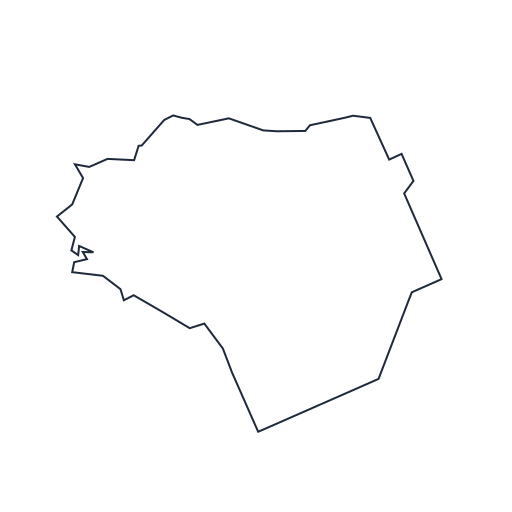 outline of Ouachita, Louisiana, United States of America, rotated 246°
{"feature_id": "52423323B30990812518613", "entity_name": "Ouachita", "entity_type": "district", "adm_level": 2, "iso_a3": "USA", "parent_name": "United States of America", "parent_adm1": "Louisiana", "projection": "orthographic", "projection_center": [-92.094, 32.491], "detail": "fine", "context": "isolated", "style": "outline", "palette": "slate", "viewbox_px": 512, "rotation_deg": 246, "n_neighbors": 0, "source": "geoboundaries", "source_scale": "gbopen_adm2", "svg_char_len": 789}
<svg xmlns="http://www.w3.org/2000/svg" viewBox="0 0 512 512"><g transform="rotate(246 256 256)"><path d="M159.4,416.1L252.9,416.8L260.6,430.4L290.1,430.5L289.9,416.9L335.7,416.5L344.7,401.7L346.3,392.7L353.5,358.5L350.2,351.9L361.5,325.7L367.8,313.7L392.8,287.2L399.6,255.8L408.2,250.9L412.4,244.5L418.1,237.5L417.6,227.5L403.4,196.5L404.4,193.6L393.1,183.6L405.1,159.9L405.2,139.9L413.4,127.9L397.5,129.7L377.9,109.1L373.0,90.2L347.1,98.3L336.2,89.6L329.2,93.9L337.1,98.5L325.5,109.0L330.1,99.4L321.9,100.3L324.3,87.4L316.0,81.5L300.2,108.1L280.8,118.7L269.3,117.3L269.9,128.3L241.1,149.1L217.0,166.1L215.3,181.3L184.9,188.1L159.3,186.7L94.6,186.5L94.5,192.0L94.2,252.2L94.1,270.3L93.9,318.0L152.9,376.9L159.5,383.6L159.4,416.1Z" fill="none" stroke="#1e293b" stroke-width="2"/></g></svg>